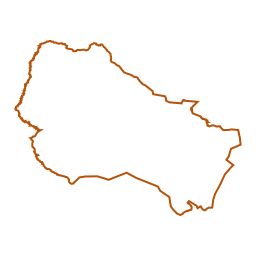 outline of Ulaan uul, Hövsgöl, Mongolia
{"feature_id": "93677404B26765322238100", "entity_name": "Ulaan uul", "entity_type": "district", "adm_level": 2, "iso_a3": "MNG", "parent_name": "Mongolia", "parent_adm1": "Hövsgöl", "projection": "robinson", "projection_center": [98.358, 50.878], "detail": "fine", "context": "isolated", "style": "outline", "palette": "amber", "viewbox_px": 256, "rotation_deg": 0, "n_neighbors": 0, "source": "geoboundaries", "source_scale": "gbopen_adm2", "svg_char_len": 5573}
<svg xmlns="http://www.w3.org/2000/svg" viewBox="0 0 256 256"><path d="M213.3,199.4L215.1,193.9L219.4,186.0L224.9,174.4L230.5,167.9L233.3,165.1L226.4,159.8L228.7,156.5L231.0,148.8L240.6,144.7L239.9,138.1L238.2,130.0L231.5,129.4L228.0,130.0L223.2,130.1L220.8,127.6L220.1,126.8L220.0,126.3L218.9,126.2L216.8,126.6L213.6,125.4L212.5,125.3L209.2,126.4L207.5,125.6L207.7,124.6L207.1,123.9L207.2,122.7L206.9,122.4L207.4,122.3L207.1,122.2L207.2,121.9L207.7,121.8L207.6,121.3L207.5,120.9L207.0,121.2L206.7,121.0L206.5,120.2L206.1,120.1L206.1,119.6L205.8,119.5L205.8,119.8L205.4,119.5L205.0,119.5L204.5,119.1L204.2,119.3L203.6,118.9L202.6,119.0L202.4,118.3L201.8,118.2L201.0,117.5L200.9,116.6L192.8,113.4L191.9,111.4L192.3,111.0L192.1,110.5L191.6,110.4L191.6,110.0L192.1,109.3L191.9,108.6L191.1,108.9L191.3,108.0L197.6,101.8L185.4,100.8L184.2,100.0L183.9,100.0L183.7,100.6L182.9,100.4L182.4,101.6L181.6,102.4L181.6,103.4L169.2,102.3L166.1,100.7L165.9,98.3L165.1,96.3L153.2,94.2L152.6,91.1L145.0,85.1L143.5,84.6L142.2,83.7L141.8,83.0L141.1,82.7L140.4,81.6L139.5,81.0L139.3,80.3L138.1,79.1L137.8,78.2L137.3,77.6L136.7,77.2L134.0,76.8L131.1,74.9L126.0,73.2L123.9,72.2L119.2,66.2L116.3,64.8L115.0,63.4L114.0,62.8L112.2,62.3L111.4,61.7L110.7,60.2L111.2,58.9L111.0,56.9L110.5,55.0L110.6,54.0L108.8,52.0L107.2,50.9L106.8,49.9L106.1,49.3L105.1,47.8L103.9,47.0L102.9,45.5L101.6,44.3L101.1,44.3L100.4,44.6L100.0,45.5L98.4,45.5L97.7,44.8L96.3,44.6L96.0,44.3L96.1,43.6L95.9,43.4L94.1,43.2L90.7,44.9L89.7,45.9L89.7,46.4L90.0,47.2L87.9,49.9L85.9,50.4L83.9,49.6L79.8,50.2L77.8,49.8L76.6,50.4L76.3,51.0L73.6,51.3L73.2,51.1L73.0,50.4L72.1,49.4L66.6,48.4L66.3,47.5L66.7,47.1L67.1,45.9L65.4,45.1L65.0,44.0L64.0,43.9L63.1,44.3L62.3,43.9L61.8,43.2L60.9,43.2L59.3,43.8L58.4,43.4L57.3,43.4L55.8,42.5L54.1,42.7L52.8,41.6L51.4,41.7L51.2,41.3L50.3,41.0L49.6,41.0L48.0,41.7L46.8,41.5L45.8,42.5L44.3,42.9L43.8,43.4L41.6,43.6L40.6,44.1L41.0,44.4L40.5,45.1L39.5,45.6L39.9,45.7L40.2,46.8L39.9,46.8L39.4,47.7L39.0,47.7L39.2,48.0L38.3,48.7L38.2,50.7L37.5,51.8L37.8,52.0L37.1,52.3L37.2,52.7L36.1,52.9L36.5,53.6L35.8,53.6L35.9,53.8L35.7,54.1L35.8,54.2L35.3,54.4L35.7,54.7L35.4,55.1L34.7,55.2L34.3,55.6L34.5,56.2L33.7,57.4L34.0,57.9L33.4,58.3L33.7,58.6L33.2,59.1L33.5,59.3L33.3,60.0L31.7,60.4L31.0,61.0L31.2,61.5L30.5,61.8L30.3,62.4L30.0,62.4L30.1,62.9L29.6,63.1L29.6,63.4L30.5,63.7L30.2,64.8L30.6,64.9L30.7,65.3L30.2,65.6L30.6,66.2L30.1,67.1L30.6,67.1L30.3,67.5L30.3,68.3L30.0,68.4L30.4,68.9L30.1,69.8L30.4,70.0L29.9,70.3L29.8,71.5L29.4,72.4L29.5,73.6L29.1,74.0L30.4,75.1L30.1,75.5L30.3,76.1L30.6,76.0L30.8,76.3L30.5,76.5L30.7,77.0L29.8,77.5L29.9,78.1L29.3,78.7L28.9,80.0L28.1,80.2L28.0,81.1L28.2,81.3L28.0,82.2L27.2,82.4L27.3,83.3L26.4,83.5L25.9,84.4L25.0,84.4L25.0,85.2L25.3,85.5L25.2,86.0L25.7,86.1L25.2,86.8L25.3,87.2L24.8,88.3L25.0,88.5L24.9,88.8L24.5,89.0L24.8,90.0L24.1,90.2L23.9,90.6L24.1,90.9L23.8,91.0L24.2,91.5L23.6,92.2L24.2,93.3L23.3,93.6L23.7,93.9L23.5,94.4L23.7,94.9L22.9,95.6L22.1,95.7L22.2,96.2L21.7,96.7L22.0,97.1L21.5,97.3L21.7,97.6L21.6,98.1L20.8,98.6L21.2,99.1L21.6,99.1L21.4,99.7L21.6,100.0L21.4,100.4L21.0,100.3L21.0,100.5L20.4,100.9L20.5,101.2L20.3,101.7L20.7,101.9L20.2,102.3L20.8,102.8L20.3,103.1L20.1,103.7L19.1,103.8L19.2,104.3L17.8,105.1L17.7,105.4L18.2,105.6L18.2,105.8L16.2,106.6L16.1,106.8L16.4,107.0L15.7,107.7L15.8,108.5L15.4,108.9L15.9,109.3L15.8,109.8L18.2,110.8L18.6,111.2L18.8,112.8L19.5,113.4L19.7,114.0L18.9,114.8L18.9,115.1L19.2,115.2L19.1,116.1L20.3,116.8L20.5,117.8L21.7,118.2L21.4,118.7L22.2,118.9L22.2,119.6L22.6,119.8L22.5,120.4L24.1,120.9L23.6,120.9L23.5,121.3L24.1,121.3L24.3,121.5L24.3,121.3L24.8,121.4L25.3,121.1L25.3,121.3L25.9,121.6L25.7,121.9L26.2,121.8L26.9,122.4L27.6,122.5L28.1,123.2L28.8,123.0L28.9,122.6L29.2,123.0L28.9,123.5L29.2,123.2L29.2,123.7L29.9,123.7L29.4,123.8L29.9,124.1L29.8,124.5L29.6,124.7L30.3,125.2L31.0,124.8L30.6,125.3L31.0,125.2L31.1,125.6L31.7,125.7L31.6,126.4L31.8,126.1L33.2,126.4L33.9,126.2L34.6,126.6L34.6,127.3L35.2,127.2L34.8,127.6L35.5,127.7L35.3,127.9L35.6,128.4L36.1,128.5L36.0,128.1L36.7,128.5L36.6,128.8L37.6,128.5L37.7,129.0L38.1,129.2L38.3,128.8L38.3,129.2L38.8,129.5L38.5,129.9L39.4,129.8L39.8,130.2L40.6,130.2L37.3,132.3L34.9,136.3L33.0,136.5L32.6,137.3L30.5,138.0L31.1,138.4L31.4,139.6L32.4,140.4L33.0,141.3L32.3,143.1L32.3,146.0L32.5,146.9L33.4,147.4L33.6,148.0L34.4,148.5L34.6,149.0L34.5,150.3L34.9,151.0L34.2,151.7L34.7,152.0L34.7,152.9L35.3,153.5L35.8,154.6L37.0,154.6L37.8,154.8L38.2,155.2L37.2,155.5L36.0,156.6L36.6,157.3L36.9,158.1L37.4,158.4L37.2,158.6L37.4,159.5L38.9,160.4L39.8,160.6L40.0,161.5L40.4,162.0L41.8,162.1L41.7,162.5L41.9,162.7L42.6,162.8L42.7,163.4L42.3,163.9L43.4,164.2L43.7,165.9L44.6,166.5L45.2,167.8L46.4,168.2L46.7,168.9L49.1,169.1L49.8,169.4L50.9,170.3L50.8,170.8L51.6,171.1L52.5,172.1L53.7,172.2L55.0,173.2L55.8,173.3L57.2,174.0L57.2,174.7L58.0,174.7L59.3,175.4L60.0,175.2L63.0,176.2L64.5,176.3L65.4,177.0L66.4,177.0L67.1,177.3L68.9,179.3L68.8,180.5L69.4,182.3L70.0,182.7L70.2,183.2L71.4,183.8L73.4,183.5L73.7,182.6L74.2,182.5L79.5,177.4L85.1,176.5L97.4,176.3L108.7,179.8L126.6,172.7L136.4,178.0L157.8,186.5L160.3,190.9L169.3,197.0L170.8,206.3L173.0,209.5L177.1,213.6L180.1,215.0L182.7,213.9L183.0,213.1L185.1,211.7L186.3,211.2L187.2,211.2L187.4,210.7L188.5,210.8L189.5,210.1L190.7,210.0L191.5,209.3L191.5,208.4L191.8,207.7L191.0,205.7L189.0,203.7L188.1,203.5L187.6,202.8L188.9,201.1L196.6,205.8L197.6,208.2L200.5,206.3L200.9,206.4L201.4,207.7L202.6,209.3L204.1,210.2L204.8,210.3L205.7,209.8L207.2,208.4L208.8,207.7L212.2,207.6L213.3,199.4Z" fill="none" stroke="#b45309" stroke-width="2"/></svg>